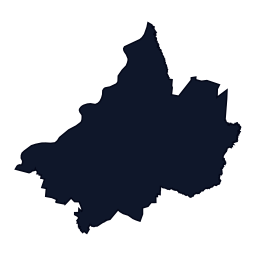 outline of Paraná, Entre Ríos, Argentina
{"feature_id": "61730980B11552095323688", "entity_name": "Paraná", "entity_type": "district", "adm_level": 2, "iso_a3": "ARG", "parent_name": "Argentina", "parent_adm1": "Entre Ríos", "projection": "natural_earth1", "projection_center": [-59.902, -31.635], "detail": "fine", "context": "isolated", "style": "filled", "palette": "ink", "viewbox_px": 256, "rotation_deg": 0, "n_neighbors": 0, "source": "geoboundaries", "source_scale": "gbopen_adm2", "svg_char_len": 5868}
<svg xmlns="http://www.w3.org/2000/svg" viewBox="0 0 256 256"><path d="M95.5,226.0L97.1,226.0L102.6,222.4L104.7,221.5L105.5,220.4L105.9,220.7L106.5,220.2L110.0,219.3L118.0,209.7L120.1,211.6L123.3,213.5L128.3,215.1L133.0,218.4L136.2,219.8L140.0,221.1L142.5,214.1L142.5,207.9L148.0,206.3L151.0,202.5L155.8,202.4L155.7,196.6L157.4,196.6L157.4,194.0L160.1,194.6L160.1,190.6L160.3,190.6L160.5,186.4L161.3,186.4L162.9,187.6L165.2,187.9L167.9,189.2L169.0,189.1L169.6,189.4L170.5,188.6L171.2,188.4L172.1,188.8L172.5,188.5L173.1,189.5L174.1,189.8L174.4,189.5L175.0,190.1L176.6,190.1L177.6,190.4L177.9,191.1L178.8,191.7L179.0,192.5L179.7,192.4L180.5,192.9L181.1,192.6L182.9,193.9L183.9,193.4L184.3,194.2L186.1,195.3L187.4,194.8L187.9,195.0L189.7,196.8L190.5,197.1L191.5,196.8L192.3,196.1L193.3,195.9L193.7,194.3L195.0,193.9L196.1,192.9L196.5,192.8L196.8,193.4L197.2,193.5L198.1,193.2L199.0,193.4L199.6,192.3L200.4,192.0L200.5,191.0L203.1,190.7L203.9,189.5L205.9,188.1L207.3,188.5L207.9,187.9L209.1,188.3L209.1,187.8L209.9,187.7L211.1,187.1L211.2,186.8L212.0,186.9L212.7,186.5L213.1,185.6L213.7,185.4L214.3,184.6L214.9,184.6L215.3,185.2L216.3,185.4L217.0,184.9L217.3,184.3L219.0,184.1L219.6,183.1L219.4,182.7L220.2,181.6L219.9,180.8L220.5,180.6L220.2,180.0L219.1,179.7L219.4,178.9L218.9,178.0L219.3,177.6L219.6,176.4L219.2,175.7L219.5,175.3L219.5,174.6L221.2,174.8L222.0,173.7L221.6,169.6L221.1,168.9L221.1,168.4L222.2,168.3L222.2,167.9L222.6,167.7L222.5,167.4L223.6,166.4L223.1,165.6L223.1,165.2L223.6,164.5L224.1,164.3L223.9,163.8L224.6,163.9L225.0,164.3L225.6,163.2L225.6,162.8L224.9,162.1L225.2,161.8L224.8,161.5L224.8,160.8L224.1,160.1L223.0,159.8L223.3,159.3L224.2,159.1L224.2,158.8L222.7,157.7L223.1,156.5L223.0,155.8L224.0,154.5L224.1,153.8L224.6,153.3L224.5,152.8L225.1,152.8L225.6,151.9L226.1,151.6L225.8,151.2L226.2,151.0L226.3,150.3L226.9,149.9L226.7,149.2L227.2,148.0L228.1,147.7L228.4,147.2L229.6,147.0L231.2,147.6L231.5,146.5L232.2,146.5L231.9,145.8L232.7,144.6L232.7,144.1L233.2,144.2L232.6,143.6L232.9,143.2L232.5,142.9L233.0,142.4L233.3,142.7L233.8,142.5L233.5,142.3L233.5,141.8L234.3,141.7L234.6,142.0L235.3,141.3L235.6,141.6L235.8,141.3L236.4,141.6L237.1,141.4L236.8,140.1L237.3,140.0L237.0,139.5L237.3,139.1L237.1,138.9L237.4,137.8L236.8,138.0L236.8,137.8L237.6,137.0L237.0,136.4L237.0,136.1L237.5,136.1L237.8,135.5L237.6,135.3L238.0,135.1L237.5,134.9L237.7,134.2L239.1,133.6L238.9,133.2L239.1,132.6L238.7,132.3L239.7,132.2L240.1,131.6L239.2,131.2L238.5,131.9L238.3,131.5L238.5,131.0L238.2,130.6L238.9,130.3L238.7,130.0L239.0,129.7L239.4,129.8L239.6,129.0L240.0,129.0L239.9,128.6L240.3,128.2L240.2,127.4L240.6,127.1L240.4,126.8L240.1,127.1L239.2,127.1L239.0,126.8L239.6,126.1L239.2,125.7L239.1,124.8L238.8,124.5L238.3,125.3L238.1,125.2L238.0,124.6L237.5,124.6L237.2,122.8L236.9,122.8L236.6,123.5L236.0,124.0L235.6,124.1L235.5,123.5L235.2,123.4L235.0,123.7L235.3,124.2L235.2,124.7L234.1,124.5L233.7,125.0L232.7,124.2L231.7,124.6L230.9,123.4L230.5,123.4L230.7,124.1L230.1,123.9L230.2,124.3L229.7,124.7L229.2,124.4L229.5,124.9L229.2,125.3L228.6,125.1L228.6,124.6L228.2,124.6L228.5,124.1L228.0,123.0L227.3,123.0L226.3,122.4L225.6,120.7L225.2,120.5L225.5,120.1L225.0,119.6L226.6,99.0L227.0,89.9L217.0,97.4L217.3,88.9L219.4,84.8L206.9,80.6L201.4,81.3L195.6,79.7L195.8,77.1L191.3,77.8L191.3,80.2L178.7,96.2L171.4,94.8L172.2,87.7L171.6,85.6L172.1,79.7L169.2,79.3L168.6,78.0L168.8,77.7L168.2,77.5L168.3,76.7L167.9,76.4L168.1,76.0L167.3,74.5L166.9,74.5L166.9,73.6L166.6,73.1L166.8,72.3L167.2,72.0L166.9,71.7L167.2,71.1L167.0,70.7L167.5,69.6L167.3,69.2L166.4,68.0L166.8,67.3L166.1,66.9L166.4,65.9L165.8,64.5L165.4,64.4L165.0,63.6L165.2,62.4L165.0,62.2L164.7,62.5L164.8,62.0L164.3,61.7L164.7,60.8L164.4,60.6L164.5,59.6L164.1,59.2L164.4,58.9L163.9,58.4L163.4,56.7L161.8,54.2L161.7,53.8L162.0,53.5L161.7,53.2L161.6,52.6L161.1,52.5L160.8,51.8L161.1,50.9L160.0,50.2L160.4,49.6L159.1,49.2L159.2,47.4L158.3,47.0L157.8,47.4L157.5,47.2L157.6,46.0L158.3,46.1L158.6,44.9L157.9,44.5L158.0,43.6L156.9,42.8L157.0,41.5L156.3,41.5L155.6,40.5L156.1,40.4L156.3,39.0L155.7,38.7L156.2,38.1L155.7,37.5L155.1,37.5L154.9,36.6L155.1,35.7L155.7,35.2L155.1,34.6L154.6,34.8L154.6,34.4L153.9,34.3L154.1,33.7L154.7,34.1L154.8,33.1L155.5,33.5L155.4,32.7L155.9,32.7L156.2,32.3L155.1,31.5L155.0,30.7L153.8,29.2L154.0,26.8L153.0,26.7L152.9,27.7L152.5,27.9L152.3,27.1L152.8,26.3L152.6,26.0L151.8,25.7L151.8,24.9L148.0,22.7L147.1,27.2L144.6,34.3L142.3,37.6L140.0,39.6L124.6,46.8L123.7,48.5L123.9,50.2L124.6,51.7L126.5,54.5L128.2,58.6L128.2,60.2L127.7,62.5L126.4,65.8L122.3,70.1L118.3,75.9L118.1,81.5L117.3,83.0L116.2,84.1L110.1,87.0L105.1,88.0L104.1,88.7L102.9,90.5L102.7,94.6L101.7,98.2L100.0,101.5L98.0,103.4L95.3,104.6L90.5,103.8L87.4,104.1L84.0,105.2L82.3,106.1L80.9,107.3L79.6,109.2L79.5,110.3L80.1,112.1L82.1,114.8L82.3,116.6L82.2,118.5L82.0,120.2L81.4,121.8L80.6,122.7L76.2,126.0L68.8,129.9L59.6,137.5L57.6,140.7L55.1,142.9L50.6,143.4L45.4,143.1L41.6,143.2L35.7,144.4L31.4,145.8L24.3,151.1L22.2,153.1L21.4,155.3L21.3,158.1L22.7,160.8L22.6,162.7L21.8,164.8L21.2,165.1L19.5,164.9L18.0,165.4L17.1,166.2L15.4,169.1L29.1,172.7L31.0,171.9L32.1,170.6L32.3,170.9L34.8,170.3L35.3,168.9L35.5,169.7L36.8,170.7L37.4,171.5L37.3,173.4L37.1,173.7L39.3,173.9L39.2,174.9L41.4,175.2L40.9,178.2L42.2,178.3L44.6,179.2L41.8,187.5L46.4,188.4L45.7,196.3L51.8,197.4L56.8,199.5L56.4,199.9L56.5,200.9L56.3,201.7L56.0,201.8L56.1,202.3L63.9,203.8L64.5,202.9L65.0,204.3L71.1,197.9L74.6,201.6L79.2,201.7L82.1,209.1L81.9,209.8L81.9,211.0L81.6,211.3L78.9,208.7L78.8,212.6L74.7,212.7L74.7,214.6L77.6,216.2L79.0,217.9L76.9,220.8L78.0,221.6L77.2,223.0L78.5,223.2L78.6,226.9L80.0,226.9L79.3,228.2L81.0,229.7L80.7,230.4L82.7,232.5L84.1,231.0L85.4,232.4L86.8,233.3L89.0,229.4L88.4,229.0L88.6,228.2L88.1,227.8L90.1,224.4L90.8,225.2L91.2,225.0L91.6,226.0L94.0,226.5L95.5,226.0Z" fill="#0f172a" stroke="#020617" stroke-width="1.5"/></svg>